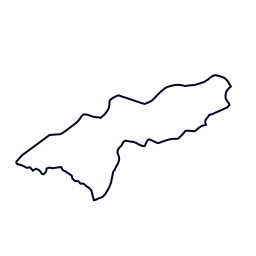 outline of Radfan, Lahij, Yemen, rotated 135°
{"feature_id": "15242507B45884450184914", "entity_name": "Radfan", "entity_type": "district", "adm_level": 2, "iso_a3": "YEM", "parent_name": "Yemen", "parent_adm1": "Lahij", "projection": "equal_earth", "projection_center": [44.984, 13.489], "detail": "fine", "context": "isolated", "style": "outline", "palette": "ink", "viewbox_px": 256, "rotation_deg": 135, "n_neighbors": 0, "source": "geoboundaries", "source_scale": "gbopen_adm2", "svg_char_len": 3845}
<svg xmlns="http://www.w3.org/2000/svg" viewBox="0 0 256 256"><g transform="rotate(135 128 128)"><path d="M225.4,165.1L222.2,164.5L220.7,161.5L220.8,158.1L221.2,157.1L221.3,156.6L220.7,155.3L219.8,154.9L218.4,154.8L217.6,155.1L216.1,155.5L214.2,156.9L211.7,155.7L209.9,153.0L207.6,151.3L205.8,149.9L205.2,149.5L202.9,147.6L204.0,144.4L202.8,141.2L202.6,139.8L202.2,137.7L201.4,134.3L202.1,133.2L203.1,131.5L203.0,129.9L202.9,128.0L200.8,125.7L200.9,122.2L198.8,120.0L198.6,116.4L198.1,113.9L197.9,113.0L198.1,109.4L199.9,106.8L201.6,103.9L203.2,101.0L202.6,100.7L201.9,100.3L201.7,100.2L200.8,99.8L199.9,99.5L198.9,99.1L198.0,98.7L197.1,98.3L196.3,97.9L195.4,97.6L194.5,97.3L193.6,97.3L192.5,97.3L191.6,97.3L190.7,97.4L189.7,97.6L188.8,97.9L187.8,98.1L186.8,98.3L185.9,98.5L185.0,98.8L184.2,99.1L183.2,99.4L182.1,99.9L181.0,100.3L180.1,100.7L179.2,101.1L178.3,101.5L177.3,102.2L176.4,102.9L175.6,103.4L174.7,104.0L173.7,104.6L172.9,105.1L172.0,105.8L171.2,106.4L170.3,107.0L169.4,107.4L168.5,107.6L167.6,107.8L166.5,108.1L165.6,108.4L164.7,108.7L163.8,109.0L162.8,109.2L161.7,109.5L160.9,109.8L160.0,110.1L159.1,110.5L158.3,110.9L157.3,111.5L156.4,112.1L155.6,112.9L154.9,113.9L154.4,114.9L153.8,116.0L153.3,117.0L152.9,118.1L152.2,118.7L151.4,119.2L150.5,119.7L149.6,120.0L148.7,120.1L147.7,120.2L146.8,120.2L145.9,120.3L144.9,120.3L143.9,120.5L143.0,120.9L142.2,121.1L141.2,121.3L140.3,121.3L139.4,121.1L138.5,120.6L137.9,119.8L137.4,118.9L136.8,117.9L136.2,117.1L135.5,116.4L134.8,115.4L134.2,114.6L133.7,113.7L133.2,112.7L132.7,111.6L132.4,110.4L132.3,109.3L131.8,108.3L131.0,106.3L130.3,104.9L129.8,104.0L129.4,103.7L129.1,103.5L128.7,103.6L127.8,103.8L126.9,104.2L126.1,104.6L125.2,104.8L124.3,105.1L123.3,105.4L122.3,105.5L121.3,105.2L120.7,104.5L120.3,103.4L119.9,102.3L119.5,101.3L119.1,100.1L118.7,99.1L118.3,98.0L117.9,96.9L117.3,95.9L116.4,95.5L115.6,95.1L114.7,94.7L113.7,94.2L112.9,93.8L112.0,93.5L110.9,92.9L109.8,92.3L108.9,91.8L107.9,91.3L106.9,90.7L106.0,90.1L105.0,89.4L104.2,88.8L103.4,88.1L102.7,87.4L102.0,86.6L101.2,85.8L100.4,85.3L99.6,85.0L98.6,85.0L97.7,85.0L96.8,85.0L95.9,84.9L94.9,85.0L94.0,84.9L93.2,85.0L92.3,85.1L91.3,85.2L90.4,85.3L89.5,85.2L88.7,84.8L87.9,84.1L87.3,83.4L86.6,82.6L85.9,81.9L85.3,81.1L84.9,80.6L84.6,80.3L83.9,79.4L83.1,78.6L82.2,78.3L81.3,78.3L80.3,78.2L79.5,78.1L78.6,78.1L77.7,78.0L76.8,77.8L75.7,77.6L74.8,77.4L73.6,76.9L70.7,75.1L69.4,77.4L68.1,78.3L67.3,78.9L62.5,79.5L62.2,79.7L61.8,79.8L61.4,79.8L61.0,79.7L60.6,79.5L60.3,79.2L59.8,78.9L59.5,78.7L59.2,78.5L46.5,73.6L43.2,72.4L41.5,72.4L41.0,72.5L40.1,72.6L39.6,73.1L39.4,73.6L39.2,74.2L39.1,74.7L39.1,74.9L39.0,75.9L38.9,76.2L38.9,76.3L38.7,77.1L38.6,77.7L38.5,78.1L38.4,78.7L38.3,79.2L38.2,79.6L37.5,80.6L36.7,81.4L35.9,82.2L35.1,82.8L34.0,83.4L32.8,84.2L31.5,84.5L29.4,84.8L29.1,84.8L26.1,84.8L25.9,84.7L25.1,87.9L24.3,91.4L24.4,94.9L25.6,98.1L27.1,101.0L29.0,103.7L31.5,105.0L34.5,105.5L37.3,105.8L40.2,106.4L42.9,107.3L45.5,108.6L48.1,110.0L50.6,111.4L53.0,113.5L55.4,115.5L57.8,117.1L59.5,119.9L61.5,122.5L63.7,124.6L66.2,126.4L68.8,127.9L71.4,129.3L74.1,130.0L76.9,130.3L79.8,130.5L82.5,130.5L85.3,130.5L88.0,130.4L90.8,130.4L93.6,131.0L96.3,132.0L99.0,133.1L100.9,136.0L102.3,139.2L103.9,142.2L105.3,145.2L106.8,148.2L108.4,151.4L110.0,154.4L110.7,155.9L111.6,157.8L114.3,159.0L116.9,159.8L119.5,160.4L122.2,160.1L124.3,157.9L126.7,156.1L129.5,155.0L132.2,154.5L135.0,154.2L137.8,154.3L140.3,154.6L141.2,156.4L142.6,157.7L144.6,160.5L146.2,163.8L147.7,166.7L149.8,169.0L152.5,169.2L155.3,168.6L158.0,168.2L160.8,168.3L163.5,168.6L166.3,169.0L169.2,169.4L171.9,169.7L174.7,170.1L177.5,170.7L180.1,171.4L185.5,176.0L188.4,178.5L222.1,183.6L230.2,183.2L231.6,182.4L231.7,180.5L230.3,178.1L230.2,178.0L229.9,177.8L229.3,176.1L228.7,174.6L227.6,171.2L225.1,169.6L225.4,165.1Z" fill="none" stroke="#020617" stroke-width="2"/></g></svg>